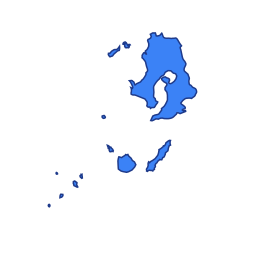 SVG path tracing the border of Kagoshima, rotated 20°
{"feature_id": "JPN-3501", "entity_name": "Kagoshima", "entity_type": "Prefecture", "adm_level": 1, "iso_a3": "JPN", "parent_name": "Japan", "parent_adm1": "", "projection": "robinson", "projection_center": [130.414, 30.803], "detail": "fine", "context": "isolated", "style": "filled", "palette": "blue", "viewbox_px": 256, "rotation_deg": 20, "n_neighbors": 0, "source": "natural_earth", "source_scale": "10m", "svg_char_len": 5685}
<svg xmlns="http://www.w3.org/2000/svg" viewBox="0 0 256 256"><g transform="rotate(20 128 128)"><path d="M177.6,78.5L176.4,78.6L175.1,79.0L172.7,80.1L171.8,80.8L171.1,81.7L170.0,83.6L169.1,86.5L169.8,87.2L172.0,87.8L173.5,88.3L174.7,89.0L175.0,89.9L174.8,90.5L173.4,91.4L172.9,92.5L174.0,92.9L176.1,92.0L176.5,92.7L172.0,96.7L170.3,96.5L168.8,97.0L168.7,98.6L168.1,99.6L167.0,101.9L166.3,102.9L165.5,103.7L164.5,104.4L163.5,105.0L162.5,105.5L160.2,106.3L158.6,106.8L157.0,106.9L155.3,107.6L154.1,108.6L153.7,109.2L151.1,109.9L149.2,112.0L148.1,113.0L146.8,113.2L147.2,108.3L148.8,106.7L151.3,105.1L152.1,104.4L153.5,99.6L152.8,98.3L154.5,95.4L155.1,93.0L155.5,89.3L155.4,87.9L154.6,85.8L153.8,83.6L152.4,81.1L149.7,79.4L149.0,77.4L149.8,74.2L149.2,72.9L145.5,72.2L144.4,71.6L143.8,71.4L143.1,70.9L142.6,70.0L144.1,68.0L145.6,67.2L147.1,67.6L148.7,67.5L150.2,67.9L150.8,69.1L150.6,71.1L150.9,71.6L151.7,71.9L152.5,71.9L153.1,71.6L154.2,70.4L155.6,68.1L156.3,65.1L156.0,62.4L154.2,60.7L151.8,60.9L148.6,59.6L146.0,60.4L144.0,62.8L143.8,63.6L143.6,65.5L143.3,66.1L141.6,68.1L141.2,68.9L140.6,71.4L139.6,73.2L138.8,75.4L138.1,78.4L137.9,79.8L138.2,81.3L140.1,85.6L140.9,88.6L141.5,90.1L142.5,90.7L143.4,91.0L144.7,93.0L147.0,93.3L147.1,94.2L146.3,96.8L146.1,98.1L145.7,99.6L144.7,100.2L143.4,100.6L142.4,101.9L141.6,101.0L140.9,101.0L140.1,101.4L139.2,101.4L138.3,100.9L138.0,100.4L138.0,99.4L137.4,97.6L136.6,96.6L133.9,94.9L124.3,94.6L122.9,94.7L121.2,95.3L119.5,95.2L118.9,94.1L118.7,92.7L118.4,91.6L117.7,90.0L116.9,89.1L117.6,89.2L118.6,89.3L118.7,88.5L117.9,87.2L116.3,85.5L114.5,83.9L113.1,83.1L114.7,82.3L115.2,82.1L115.8,82.1L116.6,82.5L117.2,82.6L117.9,82.9L119.1,84.4L119.9,85.1L121.0,83.4L124.0,80.4L124.7,78.1L125.5,76.9L126.2,74.2L126.6,71.7L126.0,69.9L126.8,68.3L126.7,67.0L126.0,65.8L124.3,63.7L121.9,60.0L121.1,59.3L118.2,57.5L117.2,57.2L117.0,56.4L116.4,54.8L117.0,52.1L117.6,51.5L119.6,52.3L120.4,52.6L118.7,50.8L118.0,49.7L119.1,47.7L119.5,44.5L119.1,42.9L118.5,41.4L117.8,40.7L117.6,40.3L116.6,39.3L116.5,38.0L117.3,37.3L118.5,35.7L118.5,33.9L116.9,32.3L118.6,30.3L121.2,29.3L123.1,31.8L124.3,31.4L125.7,30.5L126.4,29.7L126.6,29.2L127.2,27.3L127.3,27.3L127.9,27.9L129.6,29.9L130.3,30.5L131.2,30.8L132.2,30.8L133.8,30.4L135.2,29.8L138.5,28.9L139.3,28.4L140.2,28.1L140.9,27.8L141.6,27.3L142.5,27.1L143.8,27.6L147.8,30.9L150.2,32.5L149.4,34.3L150.1,35.6L150.7,36.2L154.7,42.6L155.8,44.1L157.2,45.2L158.6,46.0L160.3,47.6L160.7,48.9L160.4,52.3L160.7,54.0L161.2,54.8L161.7,55.3L166.0,57.0L166.7,58.0L168.3,59.8L168.7,60.5L168.8,61.1L168.9,61.8L169.0,62.5L169.2,63.3L170.4,65.6L171.1,66.2L172.6,66.4L174.5,67.5L174.9,67.6L175.4,67.7L176.1,67.7L178.0,68.0L179.1,68.9L179.8,69.9L180.2,70.8L180.2,71.6L179.9,73.3L179.9,74.5L179.6,75.5L177.9,77.9L177.8,78.3L177.6,78.5ZM147.9,159.8L147.6,162.4L146.2,166.0L143.5,168.9L141.8,170.1L139.9,170.4L138.1,170.7L136.1,170.8L133.0,169.9L132.4,168.6L131.3,166.0L129.8,162.4L129.4,160.4L129.2,158.3L129.8,158.1L132.1,158.0L133.3,156.3L134.5,154.9L134.9,153.7L136.2,153.7L136.9,152.9L138.4,154.2L141.2,155.3L143.2,157.0L145.7,157.7L147.9,159.8ZM171.6,125.3L172.2,125.2L172.2,126.4L172.9,128.3L173.8,129.5L172.8,130.5L172.8,132.9L173.3,135.7L171.7,138.5L172.0,139.9L171.9,142.2L171.6,143.3L170.7,143.9L170.7,145.1L170.6,146.3L169.5,146.7L168.6,146.7L168.0,148.1L167.3,149.1L167.1,150.7L166.3,152.0L166.3,153.2L166.1,153.7L166.7,154.3L167.0,155.1L166.6,156.0L166.5,156.8L167.0,157.9L166.1,158.9L166.0,159.9L164.8,159.8L163.6,160.2L162.5,160.4L161.5,161.2L161.2,162.1L160.2,162.1L160.0,161.4L159.4,160.4L159.6,159.4L159.9,158.1L159.7,156.1L159.1,154.9L158.9,153.4L159.0,152.7L159.7,153.0L160.2,153.2L160.6,151.9L162.1,150.2L164.0,147.5L164.7,145.3L165.3,143.5L165.3,142.3L165.1,140.0L164.8,139.0L164.9,138.3L164.5,137.7L165.4,136.7L166.2,135.6L167.4,133.5L167.4,132.6L168.3,132.3L168.8,130.6L168.7,129.0L170.0,126.8L170.8,125.9L171.1,125.5L171.6,125.3ZM92.1,54.1L92.6,55.2L93.1,56.8L93.2,58.1L92.3,58.7L91.7,59.3L89.5,63.3L88.8,65.6L88.1,66.1L86.7,67.3L85.5,66.7L84.4,65.8L84.1,64.5L85.4,64.0L86.3,61.5L88.0,59.3L88.9,58.7L90.3,58.3L91.2,57.1L91.7,55.6L92.1,54.1ZM101.5,49.1L101.2,49.3L101.2,49.7L101.3,50.1L101.2,50.6L101.2,51.1L101.4,51.4L101.4,51.6L101.3,52.1L100.8,52.6L100.2,52.6L99.7,52.7L98.8,53.3L97.9,53.3L97.5,52.7L97.1,52.5L96.9,52.3L96.8,52.0L96.6,51.5L96.2,50.9L96.1,50.3L96.5,50.0L96.4,49.8L95.7,50.1L95.2,50.8L94.7,51.0L94.5,50.7L94.5,50.2L94.6,49.4L95.2,48.6L96.0,48.1L97.2,48.5L99.6,50.5L100.1,50.7L100.2,50.2L100.0,49.5L100.3,49.1L101.2,48.9L101.5,49.1ZM119.4,152.6L120.8,153.2L122.0,154.4L122.0,155.3L120.7,155.3L120.1,156.2L118.9,156.4L117.7,155.0L117.8,154.1L117.5,153.4L116.4,153.9L115.8,152.8L115.1,152.1L114.5,151.3L115.9,151.3L117.6,152.3L118.3,151.8L119.4,152.6ZM98.8,196.9L99.1,198.9L100.9,200.5L100.6,200.7L100.5,201.0L96.9,200.6L96.2,199.5L95.5,198.7L95.0,197.0L96.1,196.0L97.7,196.6L97.9,196.5L98.2,196.6L98.5,196.7L98.8,196.9ZM87.5,213.2L89.5,212.7L90.0,213.9L89.4,215.6L87.9,216.8L87.4,215.1L87.3,214.1L87.5,213.2ZM102.2,124.9L103.0,125.5L103.1,126.1L102.5,126.8L101.8,127.3L101.1,127.3L100.1,126.8L100.0,126.6L99.9,126.3L99.6,125.7L99.8,125.4L100.3,125.1L100.9,124.6L101.3,124.4L101.8,124.6L102.2,124.9ZM102.0,190.2L102.1,190.4L102.2,190.6L101.8,191.1L100.7,190.7L100.1,190.5L99.4,189.7L99.2,189.4L99.3,189.0L99.5,188.7L100.0,188.2L99.8,187.6L100.1,187.6L100.6,187.2L100.9,188.1L101.4,188.9L102.0,190.2ZM79.8,228.4L79.5,227.8L79.7,227.0L80.2,226.7L80.4,226.8L80.5,226.9L80.8,227.0L81.0,227.2L81.3,228.0L81.1,228.9L80.3,228.9L79.8,228.4ZM75.8,194.8L75.9,194.3L76.3,194.3L76.8,194.4L77.2,194.7L77.5,195.2L77.3,195.5L76.6,195.8L76.1,195.5L75.8,194.8Z" fill="#3b82f6" stroke="#1e3a8a" stroke-width="1.5"/></g></svg>